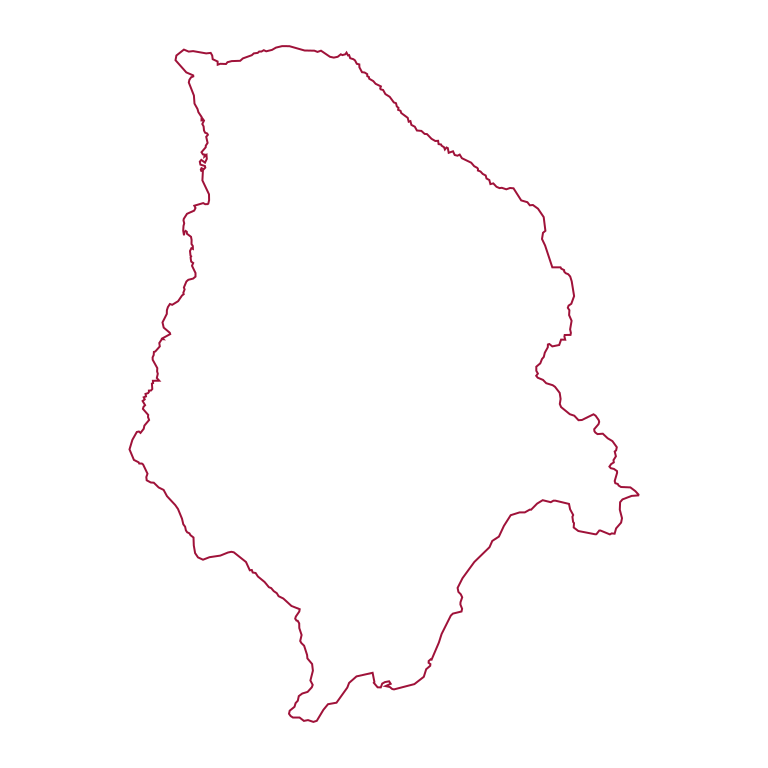 the district of Valea Sarii, Vrancea, Romania
{"feature_id": "2599482B85092862889515", "entity_name": "Valea Sarii", "entity_type": "district", "adm_level": 2, "iso_a3": "ROU", "parent_name": "Romania", "parent_adm1": "Vrancea", "projection": "mercator", "projection_center": [26.811, 45.87], "detail": "fine", "context": "isolated", "style": "outline", "palette": "rose", "viewbox_px": 768, "rotation_deg": 0, "n_neighbors": 0, "source": "geoboundaries", "source_scale": "gbopen_adm2", "svg_char_len": 6059}
<svg xmlns="http://www.w3.org/2000/svg" viewBox="0 0 768 768"><path d="M313.4,721.9L316.8,720.8L323.4,709.8L328.0,704.2L336.5,702.7L347.3,687.6L349.1,682.9L356.5,676.4L372.6,672.8L374.4,682.0L373.8,682.8L377.6,687.3L380.8,687.4L382.2,683.6L384.9,682.1L389.1,681.3L390.7,683.8L385.6,686.1L389.8,687.0L392.2,689.0L394.0,689.4L414.4,684.1L423.8,676.8L426.2,669.2L430.2,665.8L430.4,664.1L428.6,662.8L428.7,661.0L430.8,659.2L431.6,659.6L438.9,642.5L441.6,634.0L450.8,615.6L452.9,613.6L461.5,611.5L462.1,608.8L460.4,604.5L460.5,602.2L462.2,597.3L460.8,594.3L458.4,591.9L457.6,587.9L462.5,578.2L474.3,562.0L489.5,547.2L492.3,540.9L498.9,536.6L503.9,525.9L510.7,515.2L519.6,512.4L524.8,512.4L529.8,509.6L531.1,509.7L537.1,503.6L542.7,500.2L550.8,502.2L553.4,500.7L555.5,500.7L569.0,503.9L570.1,509.3L573.2,515.0L572.4,516.8L573.1,521.9L574.0,523.1L573.7,527.5L578.3,531.0L595.3,534.3L596.4,534.2L599.3,530.5L600.4,530.5L609.9,534.4L611.7,533.4L614.6,533.7L616.1,528.4L621.1,522.6L622.0,518.2L619.8,509.7L620.1,502.2L622.5,499.4L631.6,495.9L638.3,495.4L638.5,494.6L635.3,491.1L630.4,487.4L621.0,487.0L618.6,485.5L617.8,484.0L615.3,483.2L614.7,481.0L617.1,472.8L617.0,471.1L613.9,468.9L610.8,468.2L609.4,466.6L611.1,464.1L613.8,462.4L613.5,460.1L615.9,456.3L614.7,451.5L616.1,450.4L616.8,447.2L612.4,441.1L607.7,438.3L602.8,433.7L597.5,434.1L595.3,432.5L594.4,431.1L594.2,429.2L598.5,424.2L599.2,421.9L598.7,420.1L595.6,415.7L593.5,414.3L581.9,420.0L578.5,420.2L574.3,415.7L569.8,414.2L561.1,407.1L559.8,404.0L560.6,398.9L559.7,392.9L555.0,386.8L552.7,385.2L546.2,383.2L543.0,379.9L537.7,377.7L536.2,375.8L537.9,373.6L536.3,370.8L536.3,366.7L540.3,363.3L542.0,359.0L543.8,356.9L544.8,352.7L547.8,347.3L547.9,344.5L549.3,344.0L552.3,346.4L559.2,345.0L561.1,339.6L565.2,339.7L564.4,336.5L564.7,335.0L570.5,334.9L570.9,332.9L570.1,329.4L571.6,320.8L569.1,315.1L569.4,310.2L567.8,307.8L568.6,305.6L571.3,303.8L574.1,296.1L571.7,281.3L570.2,276.5L568.2,274.2L565.7,273.2L564.2,271.6L564.1,270.1L561.3,268.7L560.5,267.3L552.3,267.3L545.1,245.5L542.0,239.0L543.0,232.8L545.4,230.8L543.7,217.1L538.0,208.7L532.9,205.0L529.8,205.3L527.4,202.2L521.2,200.4L513.5,188.3L510.0,188.0L506.3,189.3L501.8,187.8L499.5,188.1L496.5,186.8L493.3,183.4L490.4,184.1L489.3,180.0L486.5,178.5L485.7,175.5L482.7,173.9L480.5,171.5L477.9,170.5L478.0,169.0L477.3,167.9L474.2,166.2L471.2,162.7L461.9,158.2L459.7,154.6L457.5,155.7L454.7,155.0L453.0,151.3L448.7,152.8L447.8,148.1L446.5,147.5L444.9,149.5L444.0,147.2L441.6,145.7L441.1,144.5L438.6,144.1L438.1,140.8L435.3,141.0L431.5,138.8L427.0,134.1L424.6,133.9L421.4,130.9L416.9,130.5L414.8,126.7L411.4,124.9L410.4,121.1L408.7,121.7L407.7,117.8L401.3,113.1L400.5,110.8L398.1,109.8L398.5,107.9L396.8,106.4L396.0,103.2L393.8,102.4L389.7,96.8L385.4,94.1L383.1,90.0L380.6,89.3L380.2,88.3L380.9,86.4L375.6,83.8L373.3,81.1L369.2,78.7L368.9,77.0L367.3,76.2L367.2,74.1L364.6,72.5L362.0,72.2L359.4,67.3L359.3,64.4L356.8,63.8L355.0,60.4L353.4,59.2L350.2,58.2L349.1,55.1L348.0,55.4L346.5,52.6L345.3,54.3L342.4,55.1L340.8,54.3L337.7,56.8L333.8,57.6L330.0,56.8L321.0,50.7L317.5,51.9L314.4,50.7L304.6,50.5L289.5,46.2L282.2,46.1L276.0,47.6L272.0,49.9L266.2,51.3L263.8,50.2L261.5,51.5L259.2,51.5L257.7,52.9L253.8,53.4L251.8,55.2L242.9,58.4L240.2,60.8L231.7,61.1L227.5,62.2L226.0,64.0L220.3,63.8L217.7,64.7L217.6,61.5L212.7,59.2L212.2,55.5L210.7,52.9L206.2,53.4L193.1,51.1L188.7,51.6L183.9,49.6L176.4,55.5L175.5,60.2L186.3,72.4L193.2,75.4L193.3,76.4L191.1,77.3L189.4,79.8L188.8,82.5L193.9,95.5L194.5,103.6L197.5,109.0L198.4,112.2L201.6,117.0L201.5,120.4L202.9,120.2L202.9,119.1L204.0,120.6L202.3,124.0L203.6,126.4L204.0,130.5L205.1,132.7L207.2,133.5L207.9,134.8L206.2,136.8L207.6,142.9L205.8,145.6L205.7,147.3L201.5,152.2L202.9,154.4L204.7,154.6L204.4,156.6L206.5,154.9L206.8,158.9L205.0,162.6L201.3,159.9L199.8,161.7L200.4,164.6L204.9,166.0L205.3,167.6L203.7,169.3L201.5,168.2L200.8,169.7L201.3,170.9L202.9,170.8L202.4,180.4L209.0,194.3L209.1,200.2L208.3,203.6L207.7,204.1L205.2,204.2L203.2,203.1L194.3,205.7L195.5,208.0L194.2,210.6L187.0,213.8L183.8,218.8L183.5,220.4L184.2,223.3L183.5,225.9L183.2,230.7L184.0,235.3L184.3,232.3L185.6,230.9L186.8,231.8L186.9,233.7L191.0,236.8L191.6,240.0L191.5,244.0L192.8,246.0L192.9,248.9L191.4,248.2L190.0,251.0L190.5,255.6L191.2,256.3L190.6,257.4L190.8,259.2L191.2,261.6L193.2,263.0L192.0,265.8L195.5,273.0L195.5,276.6L193.1,278.6L188.3,279.8L186.4,281.5L183.9,287.5L184.6,289.4L183.3,292.9L183.7,294.2L182.0,295.5L178.1,301.2L172.2,304.8L169.9,304.0L167.9,307.1L166.9,310.2L166.8,313.9L162.5,322.4L163.7,327.6L169.8,332.8L170.2,334.1L162.3,338.4L163.2,339.2L161.9,339.1L159.3,343.0L159.8,346.4L155.3,351.5L153.9,351.9L153.7,355.0L152.6,357.4L152.7,359.8L157.3,368.1L157.1,371.4L157.8,373.8L156.8,378.0L159.2,380.7L152.9,380.8L153.1,383.1L151.9,383.6L152.3,389.0L151.0,390.5L148.9,390.6L148.9,392.0L148.1,393.1L145.5,393.9L146.0,396.4L143.7,397.3L144.7,399.4L142.6,401.0L145.1,405.2L143.6,406.7L142.9,408.9L148.2,414.9L148.0,417.0L149.1,420.0L144.4,425.6L143.7,428.8L140.5,432.9L138.9,431.5L136.8,432.0L132.4,439.8L129.5,449.4L133.9,459.9L138.6,462.3L139.2,463.5L141.8,463.5L143.1,464.5L147.5,473.7L146.3,477.1L146.7,480.3L150.8,482.5L153.8,482.7L158.7,487.5L163.6,489.9L167.0,496.2L175.2,505.0L178.0,509.0L182.0,518.7L183.3,524.3L185.1,526.7L185.9,530.4L187.2,532.3L189.4,533.3L190.5,535.2L193.5,537.5L193.8,545.5L195.1,553.1L198.0,557.4L203.0,559.7L209.5,557.2L220.3,555.6L228.0,552.5L231.3,551.8L233.8,552.3L246.0,562.0L249.8,570.3L251.8,570.0L252.7,572.5L255.6,573.0L257.9,576.5L264.6,582.0L268.9,587.2L271.2,588.1L273.7,591.1L276.8,593.2L278.6,596.2L283.3,598.5L291.5,606.0L299.7,609.2L299.3,611.5L295.8,616.6L295.2,618.7L296.5,620.6L297.7,620.8L299.2,623.4L299.3,628.1L301.6,635.0L300.2,641.0L301.4,643.1L304.1,645.7L307.1,655.0L307.4,658.4L312.1,664.0L312.9,670.7L310.4,680.5L312.7,684.9L311.8,687.3L307.6,691.9L302.3,693.5L298.8,696.1L297.8,700.7L295.6,703.1L294.5,706.8L289.7,710.7L289.0,713.8L290.7,716.1L292.9,717.5L299.5,717.5L303.9,720.9L308.0,720.1L313.4,721.9Z" fill="none" stroke="#9f1239" stroke-width="2"/></svg>